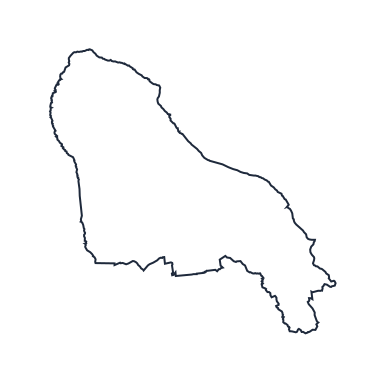 the district of Yankalilla, South Australia, Australia, rotated 83°
{"feature_id": "25037944B56627334914518", "entity_name": "Yankalilla", "entity_type": "district", "adm_level": 2, "iso_a3": "AUS", "parent_name": "Australia", "parent_adm1": "South Australia", "projection": "natural_earth1", "projection_center": [138.318, -35.494], "detail": "fine", "context": "isolated", "style": "outline", "palette": "slate", "viewbox_px": 384, "rotation_deg": 83, "n_neighbors": 0, "source": "geoboundaries", "source_scale": "gbopen_adm2", "svg_char_len": 5957}
<svg xmlns="http://www.w3.org/2000/svg" viewBox="0 0 384 384"><g transform="rotate(83 192 192)"><path d="M300.0,60.6L298.0,61.3L297.4,62.0L297.8,64.7L294.3,66.8L293.4,66.3L291.2,66.4L289.2,68.7L287.6,69.3L284.7,72.0L284.1,72.7L283.5,74.4L281.2,76.5L280.8,78.1L280.1,78.6L279.5,79.9L277.5,80.6L274.6,79.2L272.6,78.7L271.4,78.9L268.7,80.8L266.2,81.8L263.5,81.7L260.7,80.3L258.8,77.9L256.7,77.2L255.8,76.3L254.4,75.8L254.0,79.1L253.4,81.2L252.6,82.6L250.9,83.7L247.9,83.9L245.4,85.8L243.8,86.5L237.0,92.5L234.8,93.9L232.9,94.4L231.5,94.3L230.6,95.1L225.4,95.1L222.5,96.0L220.7,96.9L219.6,98.4L218.3,99.2L218.4,99.6L216.5,97.6L216.1,97.7L210.9,99.9L210.4,100.9L207.0,102.4L206.6,103.1L204.6,103.4L202.4,106.9L200.9,107.5L199.4,109.1L197.4,110.3L195.2,112.8L191.3,114.5L191.0,115.3L189.6,116.4L188.4,118.5L187.2,119.6L186.6,121.1L185.7,122.0L185.4,123.4L184.5,124.1L183.3,127.4L183.3,128.3L182.0,133.1L180.3,134.9L179.4,138.3L178.0,141.4L175.9,144.4L174.3,148.3L171.8,152.9L168.3,158.3L163.1,170.8L162.7,171.0L162.2,172.3L159.6,175.6L156.9,177.4L154.3,178.2L152.1,180.3L149.9,181.7L144.7,186.8L143.7,187.2L141.1,189.6L133.2,194.4L133.2,194.9L132.3,195.9L132.0,196.8L131.3,197.3L130.6,197.1L130.7,197.7L130.1,198.2L127.0,198.4L127.0,199.0L126.2,199.6L122.2,201.0L121.6,201.6L121.6,202.1L118.4,204.6L116.7,204.3L114.8,205.4L113.4,205.0L113.0,204.2L112.6,204.2L112.7,205.3L112.0,205.3L111.7,206.5L110.1,207.3L108.3,209.1L106.2,210.3L104.3,212.0L102.9,212.3L100.2,214.7L98.1,215.1L95.9,215.1L94.7,214.6L93.2,213.2L89.6,211.9L86.9,211.6L84.6,210.8L82.3,211.6L81.5,214.0L80.7,214.9L80.3,216.8L79.6,217.8L77.3,220.2L76.3,220.8L75.6,220.6L74.7,221.1L74.7,222.0L73.8,222.3L73.4,222.9L73.1,225.1L71.2,227.2L70.1,227.7L68.2,230.5L66.4,232.5L63.4,234.1L63.4,234.9L62.8,235.7L62.0,235.7L59.6,238.6L58.7,239.2L58.8,240.2L56.8,242.7L56.8,243.2L56.2,243.4L56.3,244.2L55.2,246.0L55.1,246.9L54.5,247.9L54.5,249.6L53.0,252.4L52.9,254.0L52.2,255.7L51.0,256.6L51.5,257.9L51.3,259.5L49.8,262.4L49.2,262.9L48.8,264.3L47.6,265.1L47.1,267.6L45.0,270.0L43.0,271.0L41.2,272.7L39.3,273.7L37.9,276.1L37.9,276.8L38.5,277.3L38.1,278.8L39.0,281.4L38.8,282.8L39.3,284.2L39.0,284.8L39.2,287.1L38.7,288.8L39.2,290.1L38.9,291.8L39.3,292.8L41.9,295.9L44.0,297.9L45.2,298.1L47.2,297.9L48.4,298.6L49.9,298.1L51.3,298.6L53.0,302.3L57.1,304.3L57.4,305.4L58.6,306.3L58.5,307.3L59.4,308.3L61.3,308.8L63.0,308.7L63.9,308.0L63.9,309.1L64.4,309.6L64.8,309.4L65.2,310.4L66.3,311.4L68.3,311.3L67.9,312.1L69.2,312.2L68.9,313.3L72.3,315.5L72.9,315.6L73.9,314.9L74.6,315.0L74.9,315.8L75.6,314.9L76.2,315.1L77.0,318.1L79.4,318.7L79.4,319.2L79.9,319.4L80.3,319.2L80.6,319.9L81.7,320.4L82.6,320.0L83.7,319.9L83.8,320.3L86.1,320.0L86.5,321.1L89.5,322.2L90.3,322.3L91.1,321.2L91.2,321.7L91.7,322.0L94.0,322.4L94.6,323.1L96.1,322.7L98.3,323.4L99.4,322.7L100.6,323.4L101.1,322.8L104.4,321.8L104.9,322.4L106.5,322.6L107.2,321.9L108.1,322.3L109.5,321.7L110.0,322.0L114.6,320.0L115.0,320.8L116.5,321.3L117.6,321.1L120.1,319.0L120.7,319.3L120.7,320.0L122.0,319.1L123.6,319.2L125.4,317.7L126.9,317.2L128.6,315.3L129.4,315.3L129.6,315.7L130.5,316.0L131.9,314.2L132.5,314.2L132.9,314.7L134.2,313.8L134.9,312.8L135.9,312.8L136.5,311.6L138.1,311.5L139.1,310.4L140.1,310.1L143.0,305.8L146.2,304.8L146.6,305.2L148.1,304.8L150.6,303.7L151.9,304.3L152.7,303.8L153.4,304.0L155.5,303.3L158.3,304.3L160.5,303.6L161.1,303.9L161.8,303.5L162.8,303.9L164.1,303.6L164.1,303.2L164.8,303.3L165.7,302.8L167.3,303.4L175.3,303.3L182.2,303.9L202.2,304.2L205.5,305.6L207.5,305.6L207.8,305.9L208.0,305.3L208.6,305.3L209.2,304.6L211.5,304.0L214.7,303.8L215.7,303.3L216.8,303.8L218.1,303.7L219.5,303.1L220.3,303.3L221.3,304.3L222.8,304.5L224.5,303.9L227.4,304.4L227.6,303.7L228.4,303.0L229.9,303.6L230.1,304.4L230.4,303.9L230.6,304.3L231.7,303.9L232.9,304.6L233.9,304.6L237.1,303.2L239.4,300.3L241.5,298.7L243.3,297.8L243.7,298.1L244.9,296.7L247.0,295.9L249.6,296.6L250.8,296.4L253.4,277.6L255.1,277.8L253.4,272.0L254.0,271.6L254.0,269.4L255.7,266.2L255.2,263.8L253.3,259.2L253.6,258.0L254.7,256.3L256.2,255.0L257.8,254.4L259.7,252.7L261.6,251.8L263.1,250.0L264.0,249.6L259.5,244.7L258.5,242.9L257.4,239.1L255.6,234.9L253.9,232.7L253.4,231.1L253.8,229.6L253.2,229.1L253.2,227.5L259.9,227.6L259.3,221.5L260.0,220.3L261.5,220.2L262.3,220.8L269.5,220.6L270.5,221.9L272.2,221.8L272.0,220.3L269.8,218.2L273.4,218.3L273.9,202.3L273.7,200.5L274.1,197.3L273.6,197.2L273.7,190.7L273.4,190.6L273.6,189.4L272.8,189.1L273.0,188.1L272.2,187.6L271.9,186.9L272.1,186.5L272.1,178.3L273.7,176.7L271.9,174.8L272.0,173.8L271.0,172.4L270.8,170.7L268.5,172.6L262.5,172.7L259.5,166.7L261.3,165.2L262.1,162.2L265.8,159.0L266.8,156.9L266.3,155.9L266.5,152.3L269.7,150.4L271.4,148.3L277.0,146.8L278.8,144.6L278.7,143.8L280.1,141.8L280.5,140.4L280.2,139.2L280.8,138.2L280.7,137.2L281.1,136.2L281.0,134.3L281.3,134.1L282.0,134.1L283.7,133.3L283.8,132.9L286.0,131.6L286.6,133.1L287.7,132.3L289.1,133.7L289.9,132.9L291.1,133.7L291.6,133.0L292.3,134.1L295.2,133.7L296.7,130.9L297.3,130.3L298.0,130.7L298.6,130.5L300.5,129.3L300.7,127.7L301.9,126.6L304.1,126.7L306.2,125.8L305.2,122.3L306.1,121.6L307.5,121.0L308.5,121.3L310.8,121.1L313.4,119.6L314.6,119.8L315.4,122.4L316.8,122.0L317.7,120.7L318.9,120.6L321.5,117.4L323.1,116.9L324.3,117.0L325.0,116.6L326.9,117.6L327.4,116.2L329.1,117.3L330.2,116.9L332.3,117.3L333.8,116.0L333.8,115.3L335.8,113.3L337.0,113.2L337.7,112.6L337.7,112.1L338.5,111.7L340.0,112.5L342.1,112.0L342.5,109.8L343.9,106.0L343.5,104.8L341.4,103.5L340.9,102.6L342.3,100.9L344.3,100.2L344.4,98.7L346.1,96.6L345.6,94.3L345.2,94.1L345.1,92.4L343.4,89.1L343.9,86.3L340.6,84.0L338.5,84.7L336.9,82.6L336.6,83.1L335.2,83.9L329.1,85.3L326.5,84.9L322.2,86.6L317.6,89.8L315.2,90.5L314.4,89.1L313.6,88.7L311.6,88.8L311.9,87.0L313.0,85.6L305.5,85.6L306.2,84.6L305.4,78.8L305.8,76.2L305.2,75.0L305.4,74.8L303.5,74.1L302.2,74.2L301.3,73.0L299.6,71.7L300.4,69.4L302.9,66.5L303.2,65.5L302.7,64.9L302.3,61.7L300.0,60.6Z" fill="none" stroke="#1e293b" stroke-width="2"/></g></svg>